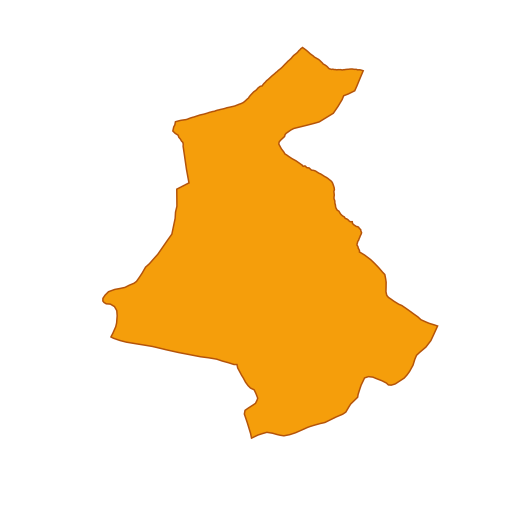 the district of Thies, Thiès, Senegal, rotated 70°
{"feature_id": "50182788B65872214095625", "entity_name": "Thies", "entity_type": "district", "adm_level": 2, "iso_a3": "SEN", "parent_name": "Senegal", "parent_adm1": "Thiès", "projection": "natural_earth1", "projection_center": [-16.945, 14.73], "detail": "fine", "context": "isolated", "style": "filled", "palette": "amber", "viewbox_px": 512, "rotation_deg": 70, "n_neighbors": 0, "source": "geoboundaries", "source_scale": "gbopen_adm2", "svg_char_len": 5157}
<svg xmlns="http://www.w3.org/2000/svg" viewBox="0 0 512 512"><g transform="rotate(70 256 256)"><path d="M383.9,109.3L381.5,112.3L378.5,116.3L376.1,118.9L372.3,122.8L368.6,124.7L364.0,127.9L358.6,131.5L355.6,133.6L353.4,135.2L352.4,135.9L350.2,138.3L345.5,142.0L343.1,143.6L340.2,145.7L337.7,146.6L334.0,146.1L330.2,144.6L325.2,142.7L321.9,142.0L319.5,141.6L317.4,141.3L314.3,142.7L308.9,144.7L303.5,147.1L298.8,149.4L292.3,153.6L287.8,157.2L287.7,157.4L286.2,156.9L284.3,157.1L283.6,157.3L282.6,157.0L281.4,157.1L280.4,157.4L279.2,156.9L278.4,156.2L277.3,155.6L276.1,154.0L275.1,153.3L274.0,152.2L272.6,151.0L271.7,150.0L270.9,149.3L270.2,148.8L268.3,148.9L267.1,148.6L265.4,149.4L263.9,149.8L263.0,150.8L262.5,151.7L261.1,152.7L260.3,153.3L259.3,153.8L258.4,154.2L256.7,153.8L256.0,155.7L255.1,156.4L253.5,157.1L252.2,158.0L251.2,159.3L249.5,159.6L248.5,160.5L247.3,161.3L245.6,162.1L243.8,162.5L242.2,162.8L240.7,164.0L238.5,164.4L237.2,164.4L235.1,163.9L233.2,163.8L232.7,163.6L231.2,163.1L228.8,163.1L227.2,162.5L225.5,161.6L223.4,161.1L221.8,160.7L220.6,159.7L218.5,159.2L216.3,159.1L213.7,159.1L212.1,159.4L210.8,160.0L209.3,161.0L208.0,161.7L206.3,162.9L204.8,164.3L203.2,165.5L201.1,167.1L199.7,168.6L198.0,169.9L196.5,171.0L195.3,172.5L194.3,174.5L192.9,175.2L191.4,176.0L190.5,177.8L190.0,178.3L188.9,178.6L188.1,179.2L187.9,181.0L187.2,181.4L186.8,181.3L180.3,185.8L176.9,188.8L173.8,191.1L171.6,192.6L170.0,193.9L167.8,194.3L166.5,194.7L164.0,195.5L162.0,195.8L158.6,196.3L156.8,195.3L155.7,193.5L153.5,188.3L151.8,187.1L151.0,185.6L150.5,183.7L149.9,181.6L149.5,180.1L149.1,176.8L149.5,173.0L150.0,168.4L150.6,162.7L151.3,155.3L151.6,150.7L148.3,134.5L143.5,127.8L138.5,121.6L135.4,118.8L135.3,113.6L135.2,113.0L134.5,106.7L130.9,103.2L124.1,97.0L118.6,91.9L118.2,92.4L117.5,93.3L116.8,94.3L116.3,95.3L115.8,96.9L114.9,97.9L114.3,99.6L113.6,100.9L113.1,101.8L112.7,103.0L112.4,104.1L112.2,105.1L111.7,106.7L111.4,107.9L111.2,109.1L110.9,110.0L110.7,111.3L110.6,111.5L109.8,112.8L109.4,114.0L109.0,115.0L108.7,116.3L108.4,117.0L107.9,117.7L107.5,118.9L106.7,119.9L106.6,121.0L105.6,122.4L105.1,123.1L104.0,123.7L103.1,124.0L101.7,124.7L100.0,125.9L98.6,127.2L97.3,127.6L96.3,128.1L95.0,128.7L93.8,129.3L92.6,130.0L91.5,131.0L90.5,131.8L89.5,132.7L88.7,133.3L87.9,133.6L86.1,134.8L84.5,135.9L82.9,136.7L81.2,137.6L79.8,138.4L78.9,139.0L77.5,139.9L76.4,140.7L76.0,140.9L76.5,142.9L77.3,144.3L77.7,145.5L78.5,146.7L79.3,148.4L79.8,150.0L80.1,150.9L80.4,151.9L81.2,153.5L82.2,155.1L82.8,156.5L83.4,157.9L83.9,159.4L84.8,161.1L85.7,163.1L86.5,164.7L87.5,166.7L88.2,168.4L88.7,169.8L89.2,171.5L90.0,173.2L90.4,174.6L91.0,175.9L91.5,177.3L92.1,179.1L92.9,181.0L93.5,182.4L94.3,184.3L94.9,186.2L95.8,187.7L96.5,189.3L97.1,190.4L97.5,191.0L98.3,192.1L98.0,194.0L98.8,196.6L100.1,198.9L101.0,202.1L101.8,203.7L101.9,203.9L103.0,206.1L104.0,207.8L105.0,209.0L105.7,211.0L106.5,212.8L107.2,214.7L107.5,215.9L107.6,217.0L107.7,218.5L107.6,219.8L107.7,221.5L107.7,222.7L107.8,224.5L107.6,226.3L107.4,227.7L107.2,229.6L106.9,231.5L106.7,233.0L106.7,234.3L106.6,235.9L106.4,237.5L106.1,239.5L106.0,241.0L105.8,242.2L105.7,244.1L105.8,245.4L105.4,247.4L105.3,248.9L105.1,250.7L105.1,252.7L105.0,254.3L104.9,256.2L104.6,258.4L104.3,260.7L104.3,262.4L104.2,264.2L104.2,266.3L104.0,268.2L103.9,270.1L103.9,272.0L104.0,273.9L103.8,275.6L103.5,276.9L103.1,278.8L102.8,280.3L102.6,282.1L102.4,284.3L102.3,285.8L105.0,287.4L106.6,289.2L110.1,291.4L111.4,290.8L113.1,290.0L115.8,287.9L118.1,287.9L120.1,287.1L122.5,286.7L124.2,285.9L125.9,286.1L128.1,287.0L135.5,288.5L150.8,291.7L164.4,294.0L164.4,294.3L166.1,307.6L182.2,313.3L187.2,316.6L193.0,319.1L206.7,327.6L211.1,334.0L220.8,347.7L224.1,353.9L226.8,358.8L228.7,363.6L233.2,368.9L236.3,373.1L239.0,377.0L239.9,380.0L240.1,385.0L240.7,389.9L240.0,394.9L239.1,400.3L239.1,406.8L241.1,411.1L243.4,414.3L245.9,415.3L247.7,414.7L249.7,413.1L251.4,409.3L255.1,406.3L259.7,405.5L264.7,406.9L271.3,409.9L274.5,412.0L279.7,417.0L281.7,419.2L282.2,419.8L282.5,420.0L284.6,418.0L288.9,412.7L292.6,407.3L296.9,399.7L301.2,392.0L305.5,384.4L308.1,380.4L313.3,372.6L320.2,361.8L324.2,355.1L331.7,342.6L335.4,335.4L339.5,328.2L343.1,323.7L347.0,318.2L350.5,313.7L351.5,311.0L354.9,311.5L363.3,310.3L366.0,309.7L371.0,309.0L375.1,307.8L377.2,306.8L378.1,306.4L379.1,305.5L381.1,303.5L385.2,303.1L390.2,303.0L391.9,304.4L394.3,306.9L395.1,310.1L396.2,315.0L396.7,316.9L397.3,319.1L400.5,321.0L409.7,321.2L421.0,321.8L425.6,322.5L425.6,322.3L424.9,315.2L425.1,310.4L425.4,306.1L428.1,301.2L431.0,297.2L432.8,294.4L434.5,291.3L435.4,285.5L435.6,279.8L435.6,279.0L434.7,266.0L434.7,263.6L434.9,259.6L435.4,252.9L435.9,249.3L436.0,248.1L436.0,247.9L435.6,244.3L434.7,236.3L434.3,228.9L434.3,228.6L433.4,225.0L429.6,220.4L427.5,217.7L423.5,208.8L421.0,207.4L416.3,203.8L413.2,201.3L409.8,197.8L407.7,195.7L407.8,191.6L409.8,187.6L412.2,185.0L416.5,180.1L420.0,176.9L422.4,175.7L423.6,173.1L423.8,169.7L423.8,168.7L422.8,164.5L422.3,162.3L421.4,158.5L419.5,154.9L417.0,151.2L412.3,145.8L407.4,142.1L404.2,139.1L402.5,135.1L399.7,127.5L395.3,120.6L390.4,115.7L383.9,109.3Z" fill="#f59e0b" stroke="#b45309" stroke-width="1.5"/></g></svg>